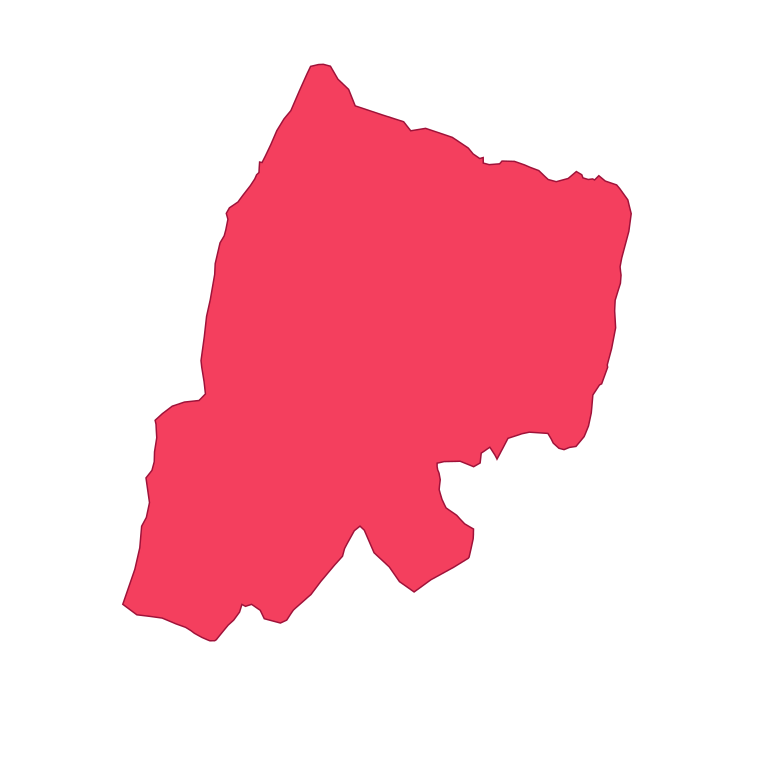 outline of Munya, Niger, Nigeria, rotated 15°
{"feature_id": "59680162B69298252864907", "entity_name": "Munya", "entity_type": "district", "adm_level": 2, "iso_a3": "NGA", "parent_name": "Nigeria", "parent_adm1": "Niger", "projection": "natural_earth1", "projection_center": [7.078, 9.799], "detail": "fine", "context": "isolated", "style": "filled", "palette": "rose", "viewbox_px": 768, "rotation_deg": 15, "n_neighbors": 0, "source": "geoboundaries", "source_scale": "gbopen_adm2", "svg_char_len": 3154}
<svg xmlns="http://www.w3.org/2000/svg" viewBox="0 0 768 768"><g transform="rotate(15 384 384)"><path d="M557.2,131.5L554.2,131.3L545.2,130.7L537.6,127.2L534.6,132.4L532.5,131.9L528.3,133.6L522.8,133.4L520.9,130.7L514.8,129.0L508.7,137.8L498.0,144.0L489.7,144.0L485.9,142.0L478.3,137.8L469.1,136.9L463.0,136.0L452.4,135.2L440.3,138.1L438.7,141.4L428.8,144.9L422.7,144.9L421.2,139.6L418.1,141.4L410.5,138.7L404.4,134.3L386.2,128.1L380.5,127.7L358.0,126.3L344.3,132.5L335.1,125.6L312.4,124.5L284.2,122.8L273.6,108.6L260.6,101.5L250.0,90.9L242.7,90.9L238.0,92.4L230.9,96.2L229.4,104.2L226.4,122.8L223.3,144.0L218.8,153.8L214.9,167.0L212.7,182.1L210.4,194.5L208.9,201.6L206.4,201.8L207.4,206.9L208.5,212.1L206.8,214.9L206.1,219.4L203.6,227.0L199.0,237.9L196.7,243.7L195.9,245.9L195.5,246.4L189.1,253.8L187.5,260.0L190.6,265.3L191.3,276.0L191.3,282.2L189.1,290.1L189.8,311.4L192.1,322.0L194.4,347.7L195.1,364.5L198.2,384.9L201.2,408.8L203.5,414.7L209.6,428.3L214.1,439.8L209.6,447.8L195.9,453.1L185.2,460.2L177.6,470.0L172.3,478.3L174.2,481.9L176.2,488.1L178.4,494.7L179.9,508.9L182.2,518.6L182.2,527.5L178.4,536.3L188.2,559.3L189.0,574.4L186.7,584.1L190.5,605.4L191.3,627.5L188.7,664.4L201.7,669.6L205.0,670.9L208.5,670.4L217.6,669.1L230.3,667.5L241.4,669.0L244.8,669.5L255.4,670.4L261.6,672.3L265.2,673.8L270.0,675.0L273.7,675.9L279.6,676.8L282.2,677.1L286.9,675.8L288.2,674.4L289.1,672.3L292.8,664.0L295.9,657.2L299.9,651.0L303.5,641.7L303.8,633.7L307.8,634.6L309.7,633.3L309.9,633.1L310.4,632.9L313.1,631.1L316.0,632.1L320.1,633.6L323.0,634.6L326.0,638.1L329.1,641.7L332.6,641.7L342.6,641.7L345.8,641.7L351.1,637.3L351.4,636.5L353.4,630.3L354.3,627.7L355.0,625.8L356.5,623.4L362.7,614.1L365.3,610.1L367.9,606.3L374.0,591.2L383.1,571.7L388.5,561.1L388.5,553.2L389.7,547.8L393.3,533.4L397.6,527.5L402.8,530.3L418.1,549.6L436.4,559.3L450.1,570.9L466.1,576.8L466.9,577.1L480.0,560.9L498.9,542.8L510.5,530.5L511.0,529.2L510.7,520.6L510.3,512.5L510.2,510.6L510.0,509.4L509.8,508.6L509.6,507.6L509.4,506.7L509.2,505.7L508.9,504.8L508.9,504.7L508.0,500.9L504.2,499.9L498.1,498.2L492.5,494.8L488.2,492.0L479.5,488.9L476.0,487.6L473.8,485.1L470.6,481.3L469.9,480.5L469.3,479.5L466.4,474.8L464.6,471.7L463.9,467.5L463.1,461.9L460.3,456.0L459.1,454.3L458.2,453.3L456.6,449.8L455.8,446.7L458.6,445.3L461.9,443.5L462.3,443.3L462.8,443.2L474.2,439.9L477.5,438.9L488.3,440.2L492.0,440.7L497.3,435.4L496.6,430.8L495.8,425.6L498.1,423.0L500.6,420.0L502.6,417.7L504.8,419.6L509.5,423.9L512.3,426.9L512.6,427.3L514.3,420.1L514.4,419.4L515.2,416.1L517.8,404.4L521.8,401.8L527.2,398.3L530.0,396.4L536.9,392.9L555.1,389.3L559.7,393.8L562.8,397.3L569.6,400.8L574.9,400.8L579.5,397.3L585.6,394.6L590.9,383.1L591.4,379.7L592.4,371.6L591.7,358.3L590.8,353.0L588.6,340.6L592.4,329.1L594.2,327.5L595.7,309.9L594.7,307.8L594.7,305.8L594.7,299.2L594.7,297.6L594.7,291.0L593.2,269.8L589.1,257.4L587.9,253.8L587.2,250.7L585.6,243.2L585.7,241.1L585.9,234.8L586.3,225.5L584.8,217.5L583.5,214.4L581.7,209.7L581.0,200.7L581.0,190.1L581.0,184.4L581.0,173.2L578.7,155.5L574.6,148.1L571.9,143.1L566.8,138.9L561.2,134.3L557.2,131.5Z" fill="#f43f5e" stroke="#9f1239" stroke-width="1.5"/></g></svg>